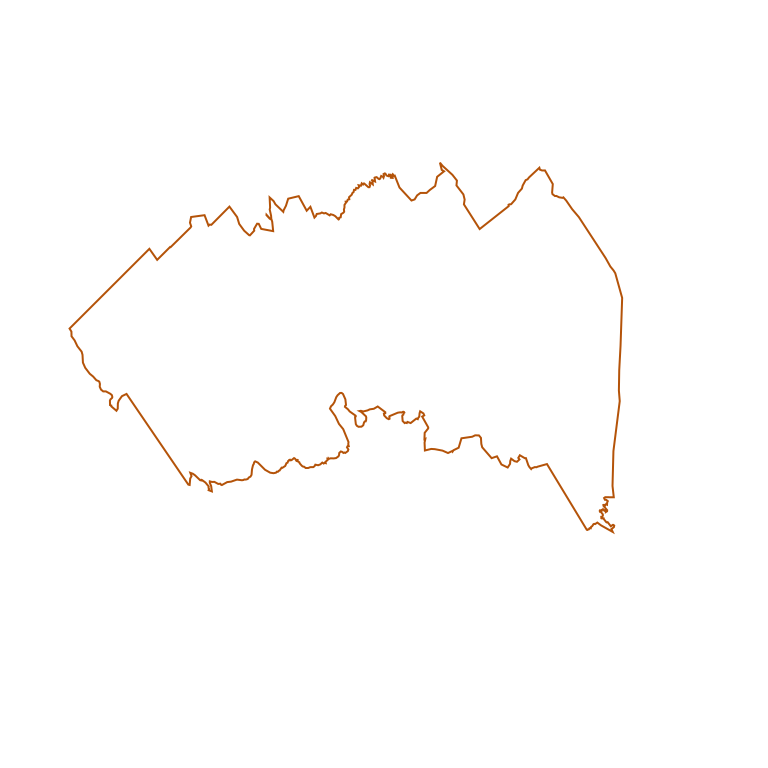 the district of Usmas pag., Ventspils, Latvia, rotated 62°
{"feature_id": "27541924B16194119386281", "entity_name": "Usmas pag.", "entity_type": "district", "adm_level": 2, "iso_a3": "LVA", "parent_name": "Latvia", "parent_adm1": "Ventspils", "projection": "equal_earth", "projection_center": [22.177, 57.218], "detail": "fine", "context": "isolated", "style": "outline", "palette": "amber", "viewbox_px": 768, "rotation_deg": 62, "n_neighbors": 0, "source": "geoboundaries", "source_scale": "gbopen_adm2", "svg_char_len": 6165}
<svg xmlns="http://www.w3.org/2000/svg" viewBox="0 0 768 768"><g transform="rotate(62 384 384)"><path d="M425.8,452.2L425.8,451.3L426.7,450.6L426.3,447.5L425.1,446.2L422.5,446.4L421.8,445.3L422.3,444.3L420.3,443.8L418.6,442.6L404.7,441.2L398.1,442.5L389.4,442.1L380.4,443.3L378.8,441.3L378.1,438.8L376.8,436.4L373.2,432.3L372.1,430.2L371.3,427.0L372.0,425.6L373.6,424.9L379.4,425.3L384.7,427.4L385.0,428.5L385.8,429.2L389.4,427.7L392.1,427.2L398.7,423.9L399.4,424.2L399.4,424.9L400.3,425.4L406.2,427.7L408.1,427.6L409.8,426.6L411.1,423.9L410.7,421.7L408.6,419.7L408.0,418.5L408.4,417.7L407.6,416.8L405.3,415.4L404.1,415.1L398.0,417.2L396.4,418.3L396.8,417.0L398.5,415.2L399.6,410.9L399.7,408.5L401.1,404.6L400.9,400.1L409.5,396.1L410.4,396.6L410.1,398.0L411.9,398.6L415.5,397.6L417.3,396.3L417.3,395.4L415.1,394.5L415.0,394.0L415.8,385.3L416.6,383.0L417.4,381.9L417.5,380.1L418.1,379.5L418.8,379.5L418.9,380.2L420.2,381.4L420.3,382.4L420.8,382.9L425.4,384.9L428.2,384.1L428.2,383.2L429.2,382.2L428.5,381.1L431.0,378.8L429.7,371.7L430.9,370.7L429.9,369.6L429.4,368.2L426.5,366.3L425.1,364.9L428.5,363.0L430.6,363.2L430.7,365.6L443.0,365.3L444.0,365.9L446.2,371.0L451.7,374.2L451.8,373.2L454.8,375.7L461.9,379.1L463.5,372.8L465.4,369.7L470.3,363.6L475.0,359.9L475.2,355.2L475.9,355.2L475.1,353.7L475.3,348.0L468.3,341.1L472.0,330.8L472.1,327.6L474.0,324.3L477.1,323.7L482.6,326.2L486.0,327.0L500.0,323.8L500.9,318.2L510.2,318.1L515.8,314.0L513.7,310.2L511.3,308.7L509.6,306.8L513.4,305.0L515.1,303.1L514.2,299.8L512.3,300.1L510.7,297.5L515.6,294.5L516.1,293.5L523.4,294.7L525.7,294.6L528.2,294.0L527.8,293.1L528.2,289.8L529.1,288.4L529.1,287.3L531.2,277.7L607.9,273.4L608.4,272.8L608.1,272.3L608.5,271.3L607.8,270.2L608.5,269.2L607.3,268.1L607.3,267.0L606.1,264.8L606.2,264.0L606.8,263.4L606.5,260.7L610.6,258.8L622.0,251.5L618.9,251.3L618.3,248.2L617.1,247.2L616.1,247.6L615.8,248.1L616.1,250.5L611.0,251.4L610.9,252.2L610.3,252.6L606.7,253.3L605.7,253.1L605.1,254.3L604.5,254.6L604.8,254.9L604.6,255.1L603.3,254.5L603.7,253.7L602.9,252.5L601.8,252.0L598.7,252.6L598.2,253.3L597.3,253.1L596.9,252.5L598.0,251.2L597.4,250.7L597.7,249.9L597.4,249.4L599.5,248.9L599.7,248.5L599.1,247.7L599.8,247.4L601.2,248.2L601.1,246.8L600.2,246.2L594.6,247.4L593.8,247.1L594.0,246.4L595.2,245.9L594.3,244.3L595.2,243.7L593.4,242.6L592.5,241.4L590.6,242.2L589.9,243.3L588.0,243.2L587.8,241.8L591.9,234.3L581.3,230.1L550.9,212.9L509.8,183.9L500.1,179.7L482.2,169.8L461.3,157.2L419.8,133.3L394.8,127.8L391.6,128.0L386.5,129.0L377.0,129.2L328.1,133.6L318.0,135.8L307.6,137.0L303.4,138.0L303.5,138.9L301.4,141.7L298.9,143.5L298.3,144.8L295.5,146.1L293.9,145.7L286.7,141.1L271.0,141.6L269.7,144.2L267.9,145.7L266.0,145.3L269.7,159.0L270.7,161.2L270.5,163.2L273.9,168.4L276.2,170.5L278.2,175.9L282.7,181.4L284.8,187.0L284.9,187.6L284.2,189.0L284.2,189.9L285.5,190.4L292.1,226.8L262.9,229.1L259.0,226.2L253.9,224.9L242.7,226.8L238.6,224.1L231.4,225.4L218.8,229.9L214.8,230.7L222.1,232.5L224.4,231.1L226.0,239.8L233.2,245.9L234.2,252.5L235.3,256.7L232.4,262.1L233.0,266.2L235.4,270.3L234.9,273.6L217.8,278.1L205.2,276.7L205.2,277.3L202.9,277.8L203.3,278.5L206.1,279.6L205.1,281.2L202.2,280.1L201.5,281.3L202.8,281.9L202.7,282.5L201.1,283.9L198.9,284.0L198.4,284.5L198.4,285.8L200.4,286.4L201.6,287.6L200.6,287.7L199.0,288.8L200.8,290.9L201.0,291.8L200.3,292.5L197.9,293.4L197.4,295.0L197.4,295.5L201.0,296.8L197.7,299.3L199.2,298.8L202.5,300.2L199.3,301.7L200.7,302.9L202.2,303.1L203.4,304.4L202.9,305.4L197.6,307.4L197.4,307.9L198.0,308.9L196.4,309.5L198.1,311.3L196.6,313.1L198.3,313.4L199.0,315.2L197.8,316.5L199.2,318.1L198.5,319.3L200.3,320.8L200.5,322.2L201.7,323.6L202.7,327.2L204.6,327.9L204.2,329.5L205.5,330.9L205.0,332.2L206.0,332.4L207.3,334.8L209.7,336.1L211.0,337.4L213.2,338.3L213.7,339.4L213.9,342.1L216.5,344.0L216.2,345.5L217.4,346.5L217.4,346.9L213.0,348.2L211.0,349.4L209.1,351.4L209.6,352.8L205.6,355.2L205.2,356.9L203.4,358.4L203.5,360.0L202.3,363.6L203.7,365.2L204.4,367.3L193.0,365.8L194.7,370.9L178.1,371.1L175.4,381.6L180.6,386.9L183.6,391.2L184.7,392.1L174.4,395.5L170.7,395.6L165.6,397.4L174.7,401.7L176.3,403.0L182.4,404.7L185.6,406.1L184.2,407.1L179.4,408.3L179.7,408.5L184.4,407.3L186.1,406.1L188.2,406.5L197.0,410.1L189.4,419.6L183.8,419.4L182.9,420.8L186.1,426.0L187.7,426.6L189.8,432.6L189.3,433.2L183.0,435.5L174.7,436.7L167.6,435.3L154.8,437.2L162.4,461.7L161.4,463.1L161.8,464.6L150.7,463.2L146.0,475.9L150.5,479.6L154.3,480.2L155.0,481.3L163.0,508.2L162.6,508.5L167.9,526.0L154.5,527.7L187.4,635.6L191.0,635.4L195.2,637.5L200.2,636.7L206.8,637.0L213.5,635.8L216.7,636.5L223.8,639.8L229.4,640.2L236.8,639.0L240.9,637.3L245.6,636.2L247.5,634.6L248.4,634.3L250.6,634.8L253.0,636.3L256.1,636.5L258.7,635.4L260.0,633.0L264.2,630.2L266.1,629.5L268.0,630.0L268.6,630.6L269.2,632.8L270.0,633.8L274.0,635.8L275.0,634.9L275.7,635.3L282.0,632.8L280.8,630.7L276.2,628.1L274.2,626.1L271.7,621.1L271.9,616.0L381.0,604.0L381.9,603.0L376.5,599.5L375.0,597.2L371.5,596.7L373.5,594.9L375.9,593.7L382.6,591.5L383.6,590.3L383.1,590.0L383.3,589.8L387.2,587.9L392.1,586.9L393.3,587.7L394.5,587.7L395.4,588.7L398.0,586.4L392.9,584.5L389.4,584.2L388.2,583.5L389.7,581.9L390.8,579.7L394.4,577.3L395.2,575.3L396.4,575.2L397.1,574.6L397.0,568.5L398.4,564.9L399.4,558.7L402.3,554.6L402.8,553.1L402.7,552.2L403.5,550.9L403.9,549.0L403.1,547.2L403.1,545.4L402.0,543.6L397.5,540.7L394.2,537.8L393.6,536.7L392.2,535.4L391.8,534.1L394.1,532.3L403.9,529.3L408.9,526.1L410.9,523.4L411.6,521.0L411.1,519.8L411.7,519.0L411.2,517.6L411.4,516.9L409.8,513.7L410.3,513.2L410.0,509.7L408.1,507.3L408.2,506.1L407.0,504.8L407.1,504.2L406.6,503.6L406.7,502.5L407.6,502.2L407.8,501.4L407.2,498.2L408.2,497.6L410.5,497.4L410.2,496.3L410.6,495.9L411.6,496.6L413.4,495.5L414.5,495.7L417.8,494.9L419.0,494.2L419.5,493.4L421.4,492.6L422.6,490.3L422.8,488.2L424.2,485.4L423.9,483.8L423.0,482.5L424.8,480.3L425.1,478.0L424.4,475.4L425.9,474.6L425.7,473.5L426.5,472.6L425.3,472.3L424.6,469.4L423.4,469.0L423.9,468.4L423.6,468.1L424.2,468.0L424.5,466.1L426.1,463.3L426.9,461.1L426.5,458.2L425.6,457.0L423.9,455.9L423.3,453.8L424.3,452.8L425.8,452.2Z" fill="none" stroke="#b45309" stroke-width="2"/></g></svg>